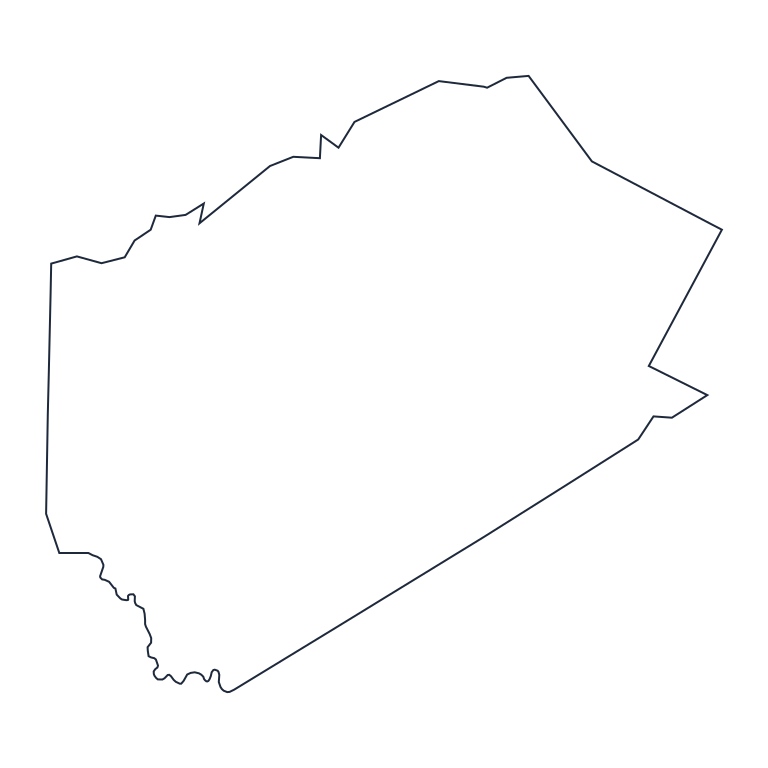 outline of Delaware, New York, United States of America
{"feature_id": "52423323B71236434888676", "entity_name": "Delaware", "entity_type": "district", "adm_level": 2, "iso_a3": "USA", "parent_name": "United States of America", "parent_adm1": "New York", "projection": "albers", "projection_center": [-75.162, 42.183], "detail": "fine", "context": "isolated", "style": "outline", "palette": "slate", "viewbox_px": 768, "rotation_deg": 0, "n_neighbors": 0, "source": "geoboundaries", "source_scale": "gbopen_adm2", "svg_char_len": 1612}
<svg xmlns="http://www.w3.org/2000/svg" viewBox="0 0 768 768"><path d="M711.5,224.3L591.9,161.4L528.6,75.9L506.6,77.8L487.1,87.7L483.8,86.7L438.8,81.1L354.5,121.9L338.5,147.7L321.1,135.0L319.9,158.2L293.3,156.8L270.0,166.0L199.5,223.3L203.8,203.5L185.6,214.9L169.5,217.1L155.8,215.6L150.7,229.7L134.6,240.5L124.7,257.3L101.5,263.2L76.9,256.4L51.2,263.6L50.6,293.5L48.8,373.1L47.8,414.1L46.1,513.8L59.3,553.0L88.4,553.0L92.6,555.2L97.3,556.8L101.0,559.2L103.4,564.8L103.3,566.9L100.1,576.2L100.3,577.5L102.1,579.4L104.7,579.8L109.1,581.8L113.8,587.8L115.4,588.5L116.7,594.6L120.3,598.4L122.0,599.5L126.4,600.2L127.9,600.0L128.2,599.6L128.0,596.0L128.8,595.0L130.1,594.4L133.4,594.3L134.9,596.3L134.7,601.2L135.2,603.1L136.3,605.1L143.4,608.8L144.6,613.7L145.1,620.0L145.1,624.1L145.9,626.6L149.7,634.1L151.2,638.1L151.1,642.7L147.6,647.2L147.8,650.8L148.6,656.2L151.0,657.4L154.3,658.2L155.9,659.5L158.0,665.6L157.4,667.5L155.3,669.1L153.7,671.4L153.8,673.9L154.4,675.6L156.0,677.8L157.8,679.4L162.4,679.5L164.5,678.3L167.7,675.0L169.2,674.8L170.9,676.1L173.7,679.9L175.8,681.8L179.8,683.7L181.2,683.7L183.6,680.9L187.2,674.5L190.7,672.9L194.7,672.3L198.9,673.3L201.3,674.7L203.3,676.7L204.1,679.1L205.0,680.2L206.3,681.3L207.5,681.4L208.4,680.9L209.5,679.3L210.8,676.1L211.7,672.2L213.4,670.0L214.8,669.7L217.6,670.7L218.5,671.9L219.3,674.9L218.8,682.0L220.5,687.0L221.9,689.1L223.7,690.7L227.2,692.1L229.6,691.9L234.1,689.7L336.1,627.5L483.8,537.0L559.4,489.4L638.2,439.5L641.8,434.1L653.5,416.4L671.9,417.7L707.3,395.1L648.8,366.0L721.9,229.7L711.5,224.3Z" fill="none" stroke="#1e293b" stroke-width="2"/></svg>